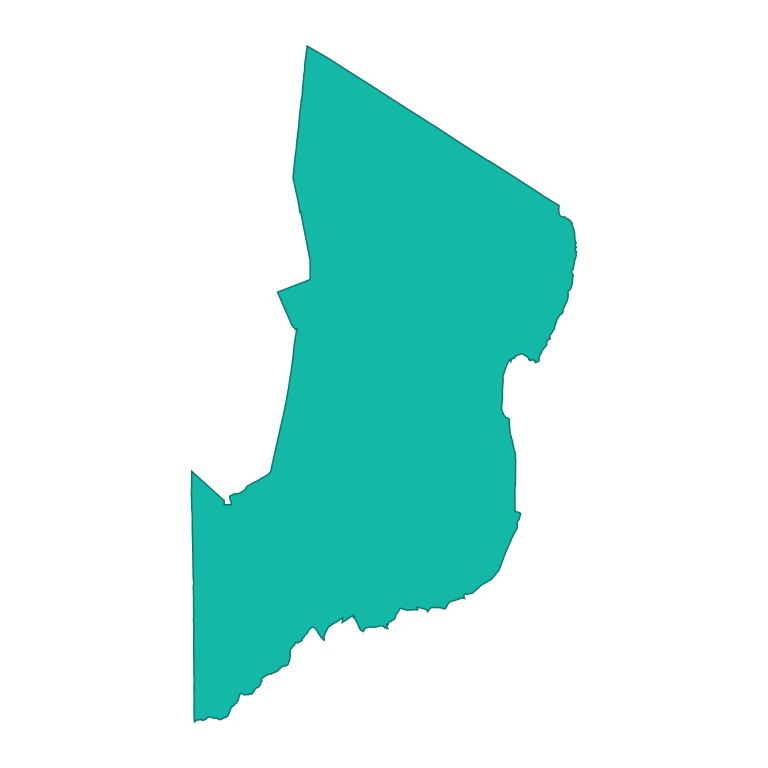 Ngorongoro, Arusha, United Republic of Tanzania
{"feature_id": "72390352B42279830137418", "entity_name": "Ngorongoro", "entity_type": "district", "adm_level": 2, "iso_a3": "TZA", "parent_name": "United Republic of Tanzania", "parent_adm1": "Arusha", "projection": "robinson", "projection_center": [35.632, -2.654], "detail": "fine", "context": "isolated", "style": "filled", "palette": "teal", "viewbox_px": 768, "rotation_deg": 0, "n_neighbors": 0, "source": "geoboundaries", "source_scale": "gbopen_adm2", "svg_char_len": 6067}
<svg xmlns="http://www.w3.org/2000/svg" viewBox="0 0 768 768"><path d="M519.0,519.7L520.7,513.5L519.4,512.6L515.0,511.3L514.9,489.1L515.5,483.8L515.4,480.2L515.6,469.9L515.5,463.7L515.7,461.6L515.4,457.4L515.3,457.5L515.5,454.4L515.3,453.1L514.0,449.1L512.1,440.0L510.1,433.0L509.5,424.7L509.2,423.3L509.6,419.7L507.7,417.9L505.7,417.4L504.3,415.6L502.8,412.8L501.7,409.5L501.6,406.8L502.5,397.8L502.4,390.4L503.1,380.6L503.0,376.3L503.1,375.1L504.3,372.5L505.3,368.8L507.2,364.0L509.9,359.3L510.2,359.5L510.7,361.4L510.8,361.6L511.1,360.3L511.6,359.5L513.6,357.6L513.8,357.5L514.3,358.1L514.5,358.0L514.8,357.1L516.2,355.8L518.7,354.6L520.2,354.4L521.6,353.9L522.7,353.8L523.3,354.4L526.5,356.2L527.6,357.2L528.3,358.0L528.7,359.1L529.2,358.9L529.5,359.0L529.7,359.4L529.4,360.1L529.9,360.5L531.5,359.9L534.4,360.3L535.0,360.9L534.9,361.8L535.1,361.9L535.4,361.4L535.6,361.6L536.1,361.7L536.2,362.0L536.0,362.3L538.7,361.4L539.1,360.7L539.2,357.1L540.0,354.5L541.0,353.6L541.5,352.2L541.5,351.7L542.3,350.4L543.6,348.6L543.9,348.4L546.8,344.9L546.7,342.7L547.1,341.4L547.8,340.2L548.3,339.4L548.8,339.1L549.8,339.2L550.1,339.0L550.1,338.6L549.7,336.4L550.0,335.2L551.2,333.8L552.6,331.5L552.9,330.6L554.3,329.1L554.5,328.1L554.6,327.0L557.1,319.3L558.9,316.4L560.3,314.8L562.5,313.0L563.0,312.0L563.2,309.4L567.3,300.3L567.9,297.9L568.2,295.7L568.0,292.3L568.1,291.5L568.9,290.3L570.7,288.9L572.1,284.6L572.5,280.3L572.5,278.9L573.1,275.7L573.1,274.9L572.9,274.3L572.1,273.5L571.4,271.7L571.7,271.1L572.7,270.0L573.4,268.4L573.6,267.2L573.6,265.0L574.2,263.8L574.2,263.0L574.7,262.1L574.2,260.6L574.7,259.7L575.2,259.6L575.6,259.0L575.4,258.1L576.4,255.4L575.9,254.1L576.0,253.3L576.6,252.2L576.6,251.8L576.3,251.4L575.3,250.8L575.4,249.8L575.2,248.3L575.2,247.9L575.8,247.3L576.0,247.7L576.2,247.4L576.2,246.5L575.7,246.4L575.5,246.1L575.3,245.7L575.2,244.8L575.6,244.0L576.0,243.5L576.0,242.8L575.0,239.9L574.6,233.4L574.0,231.0L574.0,229.8L573.2,228.1L572.9,226.5L572.0,224.5L572.2,223.0L571.9,222.7L570.7,222.6L570.4,222.4L570.3,222.0L570.6,221.3L570.5,220.7L568.7,219.8L568.2,219.0L566.6,218.8L565.2,217.2L564.5,216.8L562.3,217.0L561.6,216.9L560.3,215.7L559.2,214.5L559.2,213.7L558.7,211.3L559.0,205.6L543.2,195.9L536.0,191.0L495.9,165.3L488.9,160.9L488.7,161.2L455.5,139.9L438.1,128.4L402.9,106.1L363.3,80.6L354.6,75.3L353.5,74.4L349.4,71.9L327.0,57.5L307.1,46.1L306.8,49.6L306.4,51.6L305.7,57.9L304.9,63.3L304.4,72.8L304.0,73.2L303.5,79.8L302.5,88.8L302.7,89.7L301.8,99.2L301.4,99.2L300.6,107.5L300.4,107.5L300.2,109.0L298.6,127.1L297.6,134.4L297.5,136.9L297.1,139.7L296.8,140.5L297.0,141.8L296.6,144.3L296.4,147.9L295.3,155.3L293.0,178.0L293.2,178.7L298.5,202.9L299.9,212.4L300.8,212.3L302.7,222.1L302.9,222.1L302.7,222.2L310.1,260.2L310.1,279.6L277.5,292.2L291.8,324.9L295.2,329.2L297.0,329.0L296.3,331.1L296.5,331.1L294.4,343.8L292.8,359.1L291.3,370.5L290.2,376.8L288.4,389.0L285.1,406.8L284.1,411.7L283.7,411.7L284.1,411.7L272.1,464.9L271.1,470.0L270.6,471.8L270.1,472.6L267.9,474.5L264.7,476.6L260.3,478.9L258.0,480.6L253.2,482.9L248.0,485.7L246.7,486.6L245.4,489.2L244.7,490.1L243.5,490.9L238.7,493.6L234.3,493.8L229.6,496.3L230.1,499.5L231.0,501.9L231.7,504.5L224.1,504.8L224.2,500.7L191.7,471.3L191.6,483.6L191.7,485.6L191.4,493.0L191.8,509.8L192.1,511.7L192.3,517.5L192.3,530.0L192.9,554.5L193.2,577.1L193.7,582.7L193.3,587.2L193.6,599.5L193.5,604.9L193.7,613.1L193.5,620.6L193.8,625.5L193.7,655.1L194.0,662.7L193.9,673.7L194.3,679.9L193.9,687.1L194.2,696.3L194.0,712.8L194.4,721.5L194.6,721.9L195.1,721.7L196.6,720.0L198.8,720.0L200.6,719.4L200.9,719.4L202.0,720.3L202.4,720.4L204.8,719.8L206.2,719.0L207.0,717.7L207.9,717.3L208.6,717.3L209.4,716.6L213.5,718.2L216.1,718.1L217.2,718.3L217.7,718.6L218.3,719.4L220.0,719.7L221.5,719.0L223.0,718.5L223.5,718.1L225.0,717.3L226.2,717.2L227.3,716.3L227.8,715.9L228.9,713.6L230.9,708.1L231.5,707.2L231.9,706.6L232.9,706.2L237.1,702.2L237.9,700.5L239.9,694.5L240.5,693.6L241.5,693.2L242.0,693.3L243.0,694.4L244.3,694.9L246.2,694.5L247.2,694.5L248.0,694.8L249.8,693.7L250.4,694.0L251.6,694.1L252.3,693.5L253.4,692.0L254.0,690.8L255.2,688.8L255.6,688.4L258.9,686.8L259.4,686.2L260.6,683.7L261.1,682.3L261.6,681.6L261.8,680.7L261.1,679.5L261.2,679.1L262.1,678.2L263.5,677.1L267.9,674.5L270.9,674.1L273.4,672.7L276.9,671.5L279.0,669.4L280.1,668.7L282.1,666.5L282.7,666.3L284.4,666.2L286.2,665.7L287.9,664.5L288.7,662.8L289.7,659.7L290.3,655.3L290.2,653.9L290.2,650.9L290.6,648.8L291.7,648.3L292.7,646.5L294.5,645.2L294.8,644.6L295.1,642.5L295.3,642.3L295.8,642.3L297.1,642.8L298.2,642.8L302.1,640.4L302.4,639.9L302.3,638.8L302.5,638.3L303.7,637.6L303.9,637.3L304.3,635.9L307.2,633.2L308.0,631.5L308.8,630.1L311.3,627.5L312.5,626.9L314.4,627.6L315.5,628.7L317.6,631.8L318.6,633.8L320.1,635.6L321.1,637.3L323.9,640.3L324.4,639.9L324.0,638.8L324.6,634.3L328.8,626.5L339.2,620.2L342.8,617.6L342.4,621.8L342.2,622.6L346.5,619.8L352.8,615.3L353.3,617.1L353.7,615.8L353.8,614.7L354.8,618.2L357.7,624.0L360.3,629.8L363.5,631.6L364.3,629.0L365.9,627.8L368.7,627.0L375.0,627.2L380.3,625.8L382.7,625.8L384.8,627.7L387.8,628.6L386.4,625.6L386.3,624.4L386.8,624.0L387.3,624.9L387.6,625.2L387.9,625.0L388.2,624.5L388.0,623.4L388.8,622.8L389.2,622.1L390.2,621.4L391.3,621.3L392.1,620.5L392.9,619.9L393.8,619.7L394.3,619.2L395.4,617.8L395.3,616.8L396.2,614.5L399.0,610.5L399.8,608.8L400.3,608.2L405.2,609.7L407.3,610.2L414.4,609.7L417.7,609.9L417.5,608.6L417.0,607.2L421.7,608.2L426.8,609.7L427.6,611.7L430.2,608.4L431.0,607.8L431.7,607.7L433.4,607.5L440.4,607.7L442.3,608.2L443.6,608.8L444.5,608.9L445.6,608.4L446.0,608.0L446.5,607.0L446.7,606.2L448.3,603.5L449.7,602.0L452.3,600.9L453.7,600.7L458.4,599.2L458.6,599.3L458.7,599.0L459.2,599.0L459.5,598.7L459.6,598.4L460.3,598.1L461.0,598.4L461.4,598.5L462.7,597.7L463.1,597.6L463.4,598.1L463.8,598.0L464.5,598.4L464.2,597.3L463.8,596.5L464.1,594.5L464.3,594.2L464.8,594.1L465.6,593.4L466.5,594.5L472.6,593.0L481.4,585.1L491.5,579.2L499.2,569.8L505.2,553.4L511.8,538.3L514.2,533.3L517.3,527.9L517.1,521.8L519.0,519.7Z" fill="#14b8a6" stroke="#0f766e" stroke-width="1.5"/></svg>